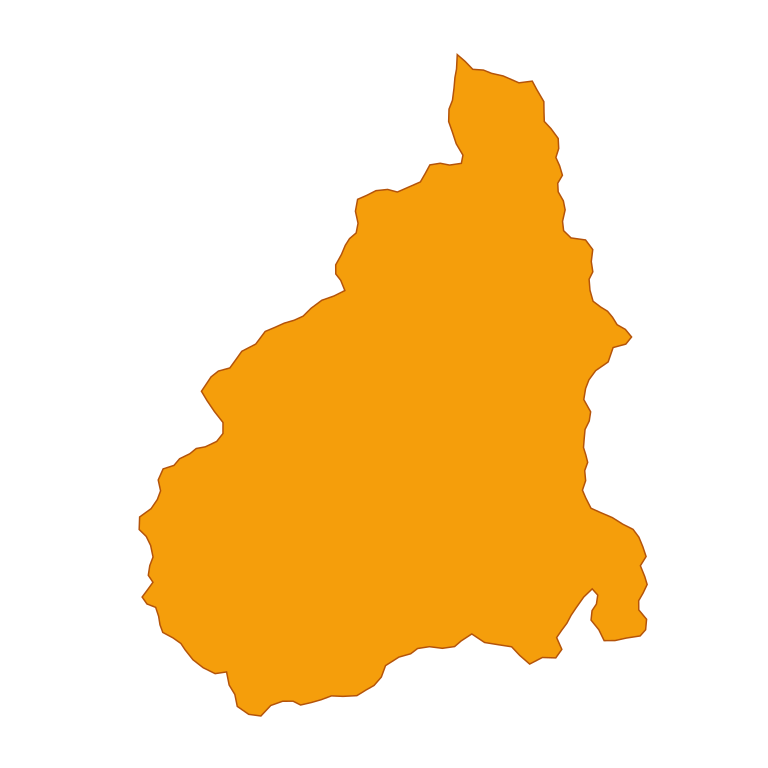 Nova Serrana, Minas Gerais, Brazil (Natural Earth projection), rotated 87°
{"feature_id": "56859067B56577465967260", "entity_name": "Nova Serrana", "entity_type": "district", "adm_level": 2, "iso_a3": "BRA", "parent_name": "Brazil", "parent_adm1": "Minas Gerais", "projection": "natural_earth1", "projection_center": [-44.98, -19.859], "detail": "fine", "context": "isolated", "style": "filled", "palette": "amber", "viewbox_px": 768, "rotation_deg": 87, "n_neighbors": 0, "source": "geoboundaries", "source_scale": "gbopen_adm2", "svg_char_len": 2641}
<svg xmlns="http://www.w3.org/2000/svg" viewBox="0 0 768 768"><g transform="rotate(87 384 384)"><path d="M58.9,293.6L73.3,295.1L81.6,297.1L92.2,298.6L104.3,300.8L112.9,304.7L125.3,305.7L135.4,302.7L147.9,299.3L159.6,293.2L167.7,295.2L168.8,307.1L166.5,316.3L167.6,326.7L176.1,331.9L184.1,337.1L188.6,349.0L193.0,360.6L189.9,370.2L190.5,381.9L194.8,391.6L198.2,400.7L210.0,403.5L222.1,401.5L231.7,403.9L237.0,410.8L243.5,415.4L252.4,419.7L262.5,426.0L271.6,426.4L278.2,421.8L288.6,418.2L293.5,429.4L297.1,441.7L304.5,452.8L312.0,461.2L315.6,470.3L318.0,480.4L321.7,489.9L325.3,499.9L337.4,510.0L343.9,524.3L351.6,530.4L359.9,537.1L362.4,548.7L367.8,556.3L375.6,562.1L381.7,566.7L391.5,561.5L402.6,554.8L414.0,546.8L425.0,547.4L432.6,554.1L437.4,565.8L438.6,574.9L443.5,581.6L447.9,592.0L454.3,598.0L457.2,609.0L468.0,614.5L479.0,612.7L487.5,616.4L496.3,623.1L504.0,635.0L516.5,636.1L523.8,629.4L533.0,625.5L544.7,623.7L553.1,627.4L562.7,629.4L569.9,625.1L576.5,630.4L584.1,636.7L591.3,632.2L595.1,623.7L604.3,621.2L612.8,620.3L620.5,617.9L626.5,608.0L632.5,600.4L639.1,596.5L649.4,589.2L657.9,579.4L664.4,567.8L663.3,556.3L676.5,554.4L686.2,549.2L698.3,547.4L706.8,536.4L709.1,524.3L699.1,513.9L695.5,501.8L696.0,491.4L700.2,484.1L698.3,473.3L696.0,463.3L692.7,452.8L693.8,441.3L693.8,427.4L688.6,417.9L684.5,409.7L676.5,402.0L665.3,397.2L657.5,383.4L654.8,371.5L649.9,364.3L648.7,352.4L651.0,339.5L649.9,327.2L644.6,320.4L638.2,309.4L647.4,297.1L650.3,283.7L653.1,270.3L662.1,262.7L671.3,253.2L665.4,240.2L666.5,226.8L658.3,220.3L646.3,224.9L639.0,219.3L632.5,213.9L624.8,209.3L617.6,203.9L607.2,195.7L599.5,186.8L606.0,181.6L614.9,183.4L621.2,188.1L630.6,189.6L640.7,182.3L651.8,177.6L652.3,166.7L650.4,155.3L649.0,141.4L643.1,135.6L632.7,134.1L622.9,141.4L613.7,141.0L606.3,136.2L598.0,131.7L589.9,133.7L578.9,137.5L570.0,131.3L559.9,134.1L550.3,137.5L542.2,142.9L536.5,152.9L529.4,162.9L523.8,174.3L518.9,183.8L508.1,188.6L500.4,191.4L491.1,187.7L481.0,188.1L472.9,184.7L465.3,186.2L457.9,188.1L450.2,187.1L439.9,185.6L431.7,181.0L422.6,179.1L410.0,185.3L399.0,182.9L390.5,179.1L381.7,171.9L373.7,159.0L359.6,153.3L356.8,140.4L350.0,134.3L342.1,140.1L337.0,148.1L329.3,152.3L323.0,157.0L318.4,163.7L312.3,170.9L301.1,173.4L290.1,173.7L282.9,169.6L272.5,170.6L260.7,168.5L250.7,175.2L247.9,189.6L240.3,196.6L230.9,197.2L219.6,194.0L210.5,195.3L201.2,200.0L192.6,200.0L184.9,194.9L175.3,197.2L166.8,200.5L158.0,197.2L147.9,197.2L137.7,203.9L130.2,210.2L120.9,210.0L110.4,209.6L98.0,216.0L89.3,220.1L90.3,233.5L82.6,248.9L79.4,260.3L75.7,268.3L74.4,278.9L66.1,286.1L58.9,293.6Z" fill="#f59e0b" stroke="#b45309" stroke-width="1.5"/></g></svg>